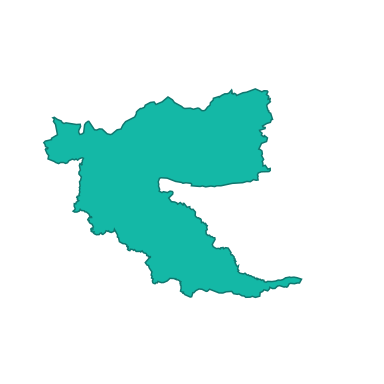 Aipe, Huila, Colombia, rotated 242°
{"feature_id": "7082276B31723879079802", "entity_name": "Aipe", "entity_type": "district", "adm_level": 2, "iso_a3": "COL", "parent_name": "Colombia", "parent_adm1": "Huila", "projection": "albers", "projection_center": [-75.403, 3.239], "detail": "fine", "context": "isolated", "style": "filled", "palette": "teal", "viewbox_px": 384, "rotation_deg": 242, "n_neighbors": 0, "source": "geoboundaries", "source_scale": "gbopen_adm2", "svg_char_len": 6017}
<svg xmlns="http://www.w3.org/2000/svg" viewBox="0 0 384 384"><g transform="rotate(242 192 192)"><path d="M263.6,260.7L264.7,254.9L263.2,253.8L262.2,250.2L260.2,248.7L259.7,245.7L258.1,242.3L258.2,240.7L259.3,238.8L262.3,237.7L263.4,236.6L264.4,232.1L266.8,229.9L269.1,224.9L270.2,223.8L272.4,223.0L279.2,218.5L282.6,218.0L287.2,215.4L285.6,208.0L286.2,201.3L289.3,200.8L290.6,197.3L290.6,191.5L289.1,189.7L289.4,186.5L290.0,185.6L289.4,182.5L288.7,180.5L287.0,179.4L285.1,176.6L285.3,166.4L283.6,162.5L280.9,158.8L282.1,155.1L280.7,148.5L281.0,146.9L283.2,144.4L289.7,142.2L291.2,139.8L291.4,137.0L292.7,135.1L302.8,134.1L303.2,133.5L302.8,130.7L301.7,128.7L295.2,124.2L294.9,121.8L295.5,119.9L298.1,120.0L299.7,121.1L302.1,124.4L304.3,125.1L305.9,121.6L312.2,113.2L312.6,111.1L314.3,110.0L316.1,109.9L319.3,107.2L322.6,105.5L322.8,104.0L321.4,104.6L320.7,104.4L319.4,102.8L315.7,103.2L305.7,100.1L305.4,93.2L304.2,92.5L305.8,86.4L305.1,84.3L303.1,84.6L300.9,84.0L298.6,85.5L297.9,84.7L298.8,83.3L298.4,82.5L294.1,82.1L291.5,82.6L288.8,80.4L283.4,84.9L282.3,85.3L279.7,87.6L279.8,89.7L278.3,92.5L276.6,93.8L276.3,95.8L277.4,98.0L277.2,101.8L275.5,103.4L275.6,105.1L273.8,106.0L274.3,108.1L273.9,111.0L272.7,112.0L271.2,109.9L269.7,109.1L269.5,108.0L267.8,107.8L267.8,107.2L269.5,106.3L268.3,105.0L263.7,103.7L262.7,101.6L260.9,100.6L257.3,101.4L254.6,99.1L253.9,97.5L249.8,96.0L248.8,94.6L247.7,94.6L246.2,93.3L244.7,93.0L242.9,91.1L241.7,90.9L242.0,88.5L241.2,87.6L240.2,88.2L239.0,87.2L237.5,87.9L237.3,85.0L236.1,83.8L237.0,82.6L234.8,81.3L232.2,81.1L231.4,80.3L230.9,78.0L229.4,78.9L228.3,81.1L228.1,83.5L229.2,85.1L227.7,85.5L226.0,88.0L224.8,88.1L223.9,89.4L220.7,90.7L218.2,90.3L217.4,91.6L216.6,91.4L217.7,89.1L216.6,87.0L215.5,87.0L215.1,87.8L214.1,87.1L212.4,87.3L210.4,88.7L207.4,88.5L207.0,87.6L206.0,87.1L207.1,86.5L206.9,85.4L206.0,85.0L205.3,85.5L204.8,84.6L203.5,85.2L202.7,86.7L202.0,85.8L200.9,86.2L199.2,87.5L198.0,90.0L198.6,91.5L198.4,92.7L196.9,92.8L196.4,93.4L197.0,96.5L198.1,98.0L196.6,99.4L196.8,100.1L195.5,100.4L194.2,101.7L193.9,104.6L195.5,106.0L189.0,106.1L187.3,105.0L186.2,105.7L182.2,104.6L178.9,106.7L177.6,108.7L175.6,109.6L174.5,108.9L173.8,109.9L173.1,109.2L172.2,109.4L171.8,108.2L170.4,108.5L169.4,109.6L170.3,110.9L169.1,112.6L167.9,113.1L168.1,114.2L165.7,114.8L163.8,118.5L163.1,118.6L163.4,120.3L161.1,120.7L159.4,122.5L158.0,122.7L157.2,122.2L156.4,123.3L155.3,123.1L154.5,124.9L153.8,124.5L154.0,123.7L151.6,117.6L148.6,118.0L147.5,119.1L145.0,118.6L140.3,119.1L137.8,116.9L136.4,117.3L135.1,115.9L133.4,116.9L132.1,115.3L130.3,114.8L128.8,115.7L128.3,116.7L128.9,117.7L128.1,118.7L129.0,119.9L126.3,122.5L125.4,124.4L125.1,128.4L126.1,132.0L123.9,135.7L122.8,136.3L123.0,137.0L121.8,137.2L120.9,138.5L119.1,139.5L118.4,139.2L117.9,139.9L117.0,138.6L116.2,138.9L115.5,138.1L114.4,138.3L111.9,137.1L109.9,135.3L108.2,136.3L107.6,137.3L106.9,136.5L106.3,137.2L104.8,137.5L100.1,141.1L99.7,142.5L102.7,145.5L102.2,146.3L103.1,149.0L103.1,152.6L101.4,155.2L97.6,157.9L97.2,159.0L97.9,161.9L90.2,168.5L88.3,171.9L87.9,175.2L85.6,180.4L82.7,181.0L80.3,184.1L79.9,185.6L77.0,187.3L75.6,189.3L73.8,190.0L71.8,194.1L71.6,196.3L69.2,198.5L68.2,202.9L71.2,205.0L71.0,207.7L71.9,209.6L69.2,212.4L70.2,215.1L71.3,216.0L68.9,217.8L67.9,220.0L68.8,223.4L68.2,225.4L64.8,228.7L64.6,229.8L63.5,231.0L63.6,232.1L65.2,234.5L65.2,236.0L62.9,239.4L62.2,242.4L61.2,244.2L63.6,247.8L67.1,244.4L69.0,242.0L70.2,239.0L71.0,238.4L72.3,234.3L72.0,231.3L72.5,228.8L73.8,226.7L74.1,224.0L75.4,220.5L77.6,216.8L77.5,215.1L79.0,213.6L80.3,214.0L81.4,212.8L81.4,211.8L83.0,211.2L83.4,210.0L84.4,209.6L84.1,209.1L84.9,208.9L84.6,208.4L85.7,208.3L85.8,207.5L86.6,206.9L87.6,206.9L88.6,205.6L90.5,204.6L91.1,203.3L92.3,203.0L92.6,201.8L95.4,200.7L95.5,199.0L97.9,196.1L100.4,195.3L100.9,196.5L102.3,196.0L105.0,198.2L104.8,197.5L105.8,196.7L109.6,196.9L110.1,198.2L111.3,197.9L111.4,196.7L111.9,198.2L112.8,198.5L113.4,197.9L114.9,198.7L117.7,198.0L118.0,197.1L119.6,197.2L120.1,198.0L125.5,197.6L127.1,195.5L127.0,193.4L128.4,193.4L129.2,191.1L128.5,190.1L129.6,189.3L130.7,186.8L133.9,185.0L136.2,185.3L139.3,190.1L140.9,190.6L141.6,189.3L143.2,188.7L143.9,187.3L145.1,187.4L145.9,186.9L146.1,185.6L148.4,184.9L151.4,186.2L151.6,187.8L154.2,188.4L155.1,189.7L156.4,188.8L157.0,189.3L158.1,189.0L158.1,188.1L160.2,187.5L160.5,186.0L163.4,187.1L164.5,186.9L164.9,186.0L166.0,185.9L166.6,184.7L167.9,184.0L169.6,183.7L172.7,185.6L176.3,184.8L176.6,183.5L177.6,182.9L178.8,182.5L180.1,183.1L180.8,180.5L185.7,179.6L186.0,179.1L184.7,178.5L184.7,178.0L188.2,176.7L188.0,173.6L189.4,173.5L191.3,172.0L193.1,169.3L197.6,168.6L199.2,174.0L200.7,175.0L201.7,174.8L203.1,173.0L203.0,170.1L205.7,166.9L205.6,165.2L208.1,163.4L209.6,164.7L213.0,165.2L214.4,166.3L216.8,166.9L219.3,169.7L219.2,171.2L215.9,176.6L209.0,182.5L205.4,187.2L204.0,188.1L203.0,191.0L200.2,195.1L199.1,195.4L197.8,194.4L193.1,201.7L192.5,204.0L190.1,206.5L188.4,211.5L186.1,214.6L185.9,216.7L183.9,220.5L180.7,231.7L176.4,241.2L175.6,245.4L173.7,248.3L174.1,252.1L172.2,254.2L171.6,256.0L174.0,256.8L175.0,257.8L176.3,257.7L177.7,259.5L177.3,262.7L173.9,269.5L174.2,271.1L176.1,272.1L176.7,269.7L181.2,269.2L181.7,266.9L184.5,268.2L186.0,268.3L187.2,270.6L191.5,270.5L192.6,272.0L195.4,273.0L197.4,272.2L198.5,271.1L202.3,276.2L201.6,281.5L204.3,284.0L206.8,282.9L206.9,281.9L207.7,282.3L207.6,280.9L209.6,280.0L211.1,281.5L213.4,280.5L214.8,280.6L213.7,286.2L214.6,286.9L216.1,285.1L217.2,285.2L217.4,290.2L216.7,293.9L218.7,296.1L218.3,297.2L224.6,298.4L225.6,297.7L226.8,297.4L227.5,297.9L228.1,297.4L233.0,298.4L234.0,299.4L234.9,303.5L235.6,303.3L237.7,304.8L238.1,302.7L239.4,303.6L239.6,304.4L240.8,304.6L243.1,303.5L244.8,306.0L246.0,305.8L247.6,303.1L247.7,300.7L253.3,296.3L254.5,287.0L255.7,283.7L256.3,276.7L257.7,276.7L259.1,275.9L259.1,274.3L260.2,274.3L260.5,273.4L262.3,274.7L263.5,274.9L262.0,271.1L262.2,269.2L263.3,267.0L263.4,263.2L262.9,260.6L263.6,260.7Z" fill="#14b8a6" stroke="#0f766e" stroke-width="1.5"/></g></svg>